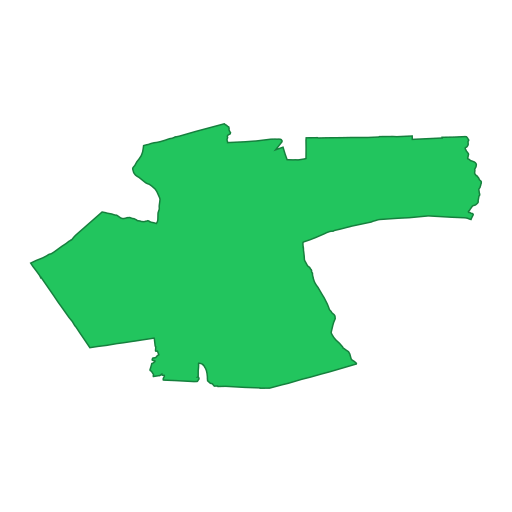 outline of Tufeni, Olt, Romania
{"feature_id": "2599482B16239538669932", "entity_name": "Tufeni", "entity_type": "district", "adm_level": 2, "iso_a3": "ROU", "parent_name": "Romania", "parent_adm1": "Olt", "projection": "robinson", "projection_center": [24.804, 44.357], "detail": "fine", "context": "isolated", "style": "filled", "palette": "green", "viewbox_px": 512, "rotation_deg": 0, "n_neighbors": 0, "source": "geoboundaries", "source_scale": "gbopen_adm2", "svg_char_len": 6062}
<svg xmlns="http://www.w3.org/2000/svg" viewBox="0 0 512 512"><path d="M356.3,364.0L356.4,363.3L354.4,361.5L352.0,360.0L351.1,358.8L349.8,354.0L348.5,351.7L346.1,350.1L344.1,348.6L343.0,347.9L342.9,347.5L342.6,346.9L339.5,343.3L336.0,340.1L333.8,337.5L331.9,334.4L331.4,333.3L331.2,332.7L331.2,332.2L332.9,325.0L333.7,322.3L335.2,318.7L335.0,316.3L334.7,315.5L334.4,315.1L334.0,314.6L331.8,312.7L331.0,311.3L330.1,310.5L329.5,309.6L329.0,308.5L328.7,307.5L327.3,304.0L324.2,297.9L321.7,293.8L318.1,287.6L316.2,285.0L314.9,282.8L314.2,281.3L313.1,277.8L313.2,277.6L313.1,277.3L312.6,275.5L312.6,274.9L312.4,274.2L312.5,273.3L312.4,273.0L311.8,272.4L311.6,271.8L311.6,270.6L311.3,269.8L310.4,268.8L310.1,268.1L309.5,267.3L308.7,266.7L308.1,266.4L307.2,265.2L305.5,262.0L305.1,261.5L304.4,259.7L304.2,256.3L303.7,251.8L303.5,250.7L303.4,247.8L303.1,247.6L303.2,246.7L303.0,245.6L302.9,243.3L303.0,242.6L303.1,242.3L303.7,241.9L309.6,239.9L316.2,237.3L324.5,233.7L326.7,232.6L329.8,231.5L331.4,231.2L333.1,231.2L334.1,230.6L335.1,230.3L340.3,229.1L351.4,226.2L371.3,222.0L373.1,221.2L375.1,220.7L377.9,219.8L379.7,219.5L398.7,218.2L409.3,217.7L427.1,216.0L428.5,215.9L451.1,217.2L465.1,217.8L467.3,218.2L469.6,219.1L471.0,219.5L471.5,218.2L473.1,215.0L473.2,214.4L473.0,214.0L472.1,213.4L471.1,213.4L469.9,212.5L468.8,212.5L468.5,212.2L468.4,211.8L468.5,211.3L469.5,210.4L469.9,209.6L472.5,206.0L473.6,205.5L474.9,205.2L475.8,204.7L477.5,203.2L478.1,202.3L478.2,201.6L478.1,200.8L478.7,197.7L478.9,196.1L479.5,195.6L479.7,194.5L479.7,194.0L479.4,193.4L478.8,189.4L478.9,189.1L480.1,187.2L480.3,186.2L480.6,185.6L480.7,184.8L481.2,183.4L481.3,182.0L481.1,181.3L479.5,179.9L478.6,177.9L478.0,177.3L477.4,176.3L476.7,175.7L476.2,175.7L475.5,174.6L475.1,174.2L474.6,173.2L474.9,170.5L474.7,169.2L475.8,167.2L476.1,166.3L476.3,164.9L476.3,164.2L475.9,163.5L475.3,162.7L474.2,161.9L471.6,160.9L470.7,160.7L469.0,159.3L467.9,158.8L467.7,158.5L467.7,157.9L467.9,157.5L467.9,156.9L468.2,156.1L468.2,155.4L468.5,154.8L468.5,154.1L468.2,153.4L467.0,151.8L466.3,151.0L466.0,150.1L465.4,149.2L465.2,148.3L465.2,148.0L465.5,147.6L466.5,147.1L467.0,146.7L467.9,145.3L468.2,144.3L468.0,141.6L468.1,141.3L468.6,140.7L468.7,140.0L468.5,139.6L468.1,139.1L467.7,138.3L466.5,136.8L465.2,136.6L453.9,137.1L442.1,137.3L442.2,138.0L412.5,139.4L412.3,139.4L412.3,139.2L412.2,136.0L396.7,136.7L393.1,136.5L379.4,136.6L378.8,137.0L367.7,137.5L350.6,137.5L340.7,137.7L327.0,137.8L318.8,138.0L318.2,138.0L317.6,137.7L306.2,137.8L306.0,140.3L306.1,148.3L306.0,158.5L304.2,159.0L298.4,159.9L296.9,159.9L295.9,159.8L293.0,159.9L287.1,159.7L285.1,154.1L283.0,147.2L275.6,149.8L281.9,141.9L282.0,141.5L282.1,141.0L281.9,140.6L281.2,139.6L280.5,139.3L278.9,139.1L277.0,139.2L275.1,139.1L270.8,139.2L256.1,141.0L252.8,141.2L244.7,141.8L227.7,142.6L227.8,142.2L227.5,141.8L227.4,141.4L227.2,140.9L227.0,139.7L227.1,139.1L227.6,137.7L227.6,137.3L227.3,136.5L227.4,135.9L227.9,135.2L228.9,134.5L229.6,134.3L230.1,133.9L230.3,133.6L230.4,132.8L230.5,132.5L229.7,131.5L229.5,131.0L229.4,130.6L229.0,129.9L229.1,128.6L228.9,127.5L228.7,126.9L227.8,126.5L226.4,125.2L225.1,124.6L224.6,124.0L224.3,123.8L195.5,131.5L179.2,136.2L175.9,136.9L175.2,136.8L174.3,137.5L173.3,137.7L172.6,138.2L169.9,138.6L168.0,139.2L165.2,140.2L160.5,141.6L157.0,142.4L154.4,142.7L152.1,143.2L150.4,143.7L148.6,144.4L146.5,144.8L143.6,145.6L143.2,148.6L142.6,152.0L141.7,154.5L141.1,155.9L138.9,159.2L136.9,161.7L135.9,163.5L134.8,165.5L133.2,167.4L132.8,168.1L132.7,168.9L132.9,169.8L133.7,172.6L134.4,173.7L135.5,175.1L137.1,176.3L139.0,177.4L145.7,182.8L147.3,183.6L149.3,184.3L151.7,186.0L155.1,189.0L156.0,190.3L156.9,191.7L157.8,193.7L159.5,197.5L159.9,198.7L160.0,199.5L159.8,201.5L159.3,205.1L159.2,206.5L159.3,208.3L159.2,209.4L158.1,212.7L158.0,213.8L157.9,218.2L157.8,220.2L157.3,221.9L156.4,223.5L153.6,222.7L150.9,222.2L150.4,221.9L149.4,221.6L149.1,221.1L147.8,220.7L146.1,221.3L145.8,221.2L145.3,221.3L145.1,221.5L143.7,221.7L141.5,221.5L140.9,221.4L140.1,221.0L137.6,220.7L136.8,220.3L136.7,220.0L133.8,218.6L132.8,218.6L131.1,218.0L130.8,218.0L130.4,217.7L129.5,217.5L127.8,217.7L127.4,217.6L124.9,218.4L124.3,218.4L123.5,218.6L122.3,218.5L120.6,217.9L117.2,215.5L116.5,215.2L116.1,215.1L115.7,215.2L113.8,214.7L111.8,214.0L106.8,213.1L105.7,212.7L102.1,212.0L75.9,235.0L74.4,236.5L71.5,240.0L71.1,239.9L69.9,240.8L68.9,241.3L66.0,243.6L61.7,246.4L54.2,251.9L51.5,253.6L50.8,253.9L49.4,254.2L48.5,254.6L46.9,255.7L42.9,257.8L36.1,260.5L30.7,263.1L32.8,266.3L36.3,270.9L39.5,275.3L40.8,277.8L41.1,277.4L53.7,295.6L58.2,302.3L61.1,306.3L68.9,317.3L72.4,321.6L74.8,325.7L75.9,326.9L80.4,333.7L82.4,336.6L89.9,347.7L91.0,347.5L98.1,346.4L106.5,345.4L116.8,343.6L123.1,342.8L154.1,338.1L154.3,338.5L155.2,346.1L155.7,346.6L155.7,348.0L155.5,350.6L155.6,351.0L156.0,351.2L157.4,351.1L157.8,352.0L158.8,354.8L157.4,355.6L155.8,357.5L154.7,357.8L153.0,358.0L152.6,358.3L152.2,359.5L152.2,360.0L153.1,360.5L154.7,360.7L154.9,360.8L154.9,361.0L154.9,361.6L153.1,363.0L152.4,363.4L152.0,363.4L151.8,363.5L151.3,365.5L150.0,369.8L150.0,370.0L150.2,370.5L151.4,371.3L151.7,371.7L153.4,374.3L153.5,374.9L153.2,376.0L153.4,376.5L158.6,375.7L159.2,375.6L159.4,375.7L160.3,375.3L160.8,374.8L161.8,374.1L161.9,375.0L162.4,375.2L164.3,375.4L164.3,376.2L164.2,376.7L163.3,378.3L163.2,379.6L163.2,379.8L163.3,380.0L164.0,380.1L176.1,380.6L194.1,381.6L196.9,381.5L197.3,381.4L197.6,381.1L198.1,380.2L198.9,379.1L199.0,378.7L198.7,377.6L198.3,376.9L197.6,377.0L198.1,376.4L198.2,375.7L198.2,370.6L198.5,367.6L198.6,365.6L198.5,363.7L198.7,363.2L200.8,363.5L202.3,364.1L202.8,364.7L203.2,364.7L203.5,365.5L203.8,365.6L204.1,365.9L204.8,367.3L205.2,367.8L206.0,369.5L206.5,371.0L206.7,372.0L207.0,373.3L207.1,374.1L207.4,376.9L207.4,378.5L207.6,380.8L210.1,383.1L211.0,383.5L212.3,383.7L213.5,385.2L214.3,386.1L217.6,386.0L217.9,386.5L225.7,386.3L244.8,387.4L259.9,387.9L260.0,388.2L269.7,388.1L282.0,384.8L288.3,383.3L301.7,379.3L310.5,377.1L321.4,374.0L329.7,371.8L356.3,364.0Z" fill="#22c55e" stroke="#15803d" stroke-width="1.5"/></svg>